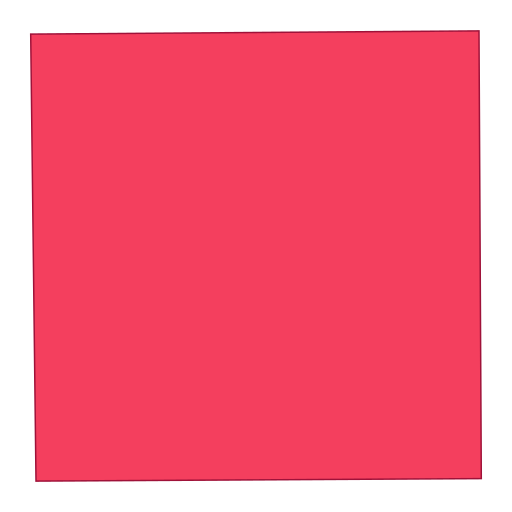 the district of Crosby, Texas, United States of America
{"feature_id": "52423323B48575431157789", "entity_name": "Crosby", "entity_type": "district", "adm_level": 2, "iso_a3": "USA", "parent_name": "United States of America", "parent_adm1": "Texas", "projection": "robinson", "projection_center": [-101.248, 33.614], "detail": "fine", "context": "isolated", "style": "filled", "palette": "rose", "viewbox_px": 512, "rotation_deg": 0, "n_neighbors": 0, "source": "geoboundaries", "source_scale": "gbopen_adm2", "svg_char_len": 187}
<svg xmlns="http://www.w3.org/2000/svg" viewBox="0 0 512 512"><path d="M479.0,30.9L30.7,34.1L36.0,481.1L481.3,478.6L479.0,30.9Z" fill="#f43f5e" stroke="#9f1239" stroke-width="1.5"/></svg>